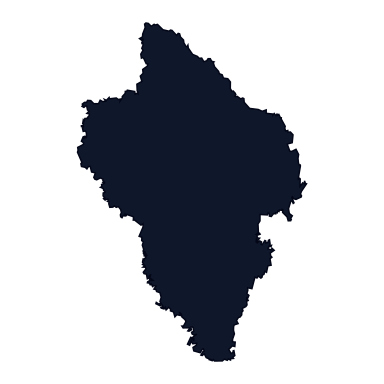 the district of Rangpur, Rangpur, Bangladesh
{"feature_id": "16705992B34260815515495", "entity_name": "Rangpur", "entity_type": "district", "adm_level": 2, "iso_a3": "BGD", "parent_name": "Bangladesh", "parent_adm1": "Rangpur", "projection": "equal_earth", "projection_center": [89.232, 25.633], "detail": "fine", "context": "isolated", "style": "filled", "palette": "ink", "viewbox_px": 384, "rotation_deg": 0, "n_neighbors": 0, "source": "geoboundaries", "source_scale": "gbopen_adm2", "svg_char_len": 5981}
<svg xmlns="http://www.w3.org/2000/svg" viewBox="0 0 384 384"><path d="M210.0,359.9L212.3,360.7L213.5,359.6L214.4,361.0L222.4,360.9L224.3,359.2L227.3,360.3L228.3,359.0L230.5,360.0L230.6,358.7L233.5,358.4L232.7,357.2L234.8,355.6L233.9,350.6L233.2,350.8L232.9,352.6L231.1,353.4L228.7,349.5L232.3,345.9L234.8,346.5L235.2,342.1L232.5,341.8L232.6,339.1L234.4,333.9L233.5,330.3L233.6,326.7L234.2,324.9L238.1,323.6L236.5,320.6L238.4,317.5L240.1,317.0L241.7,314.9L241.8,312.2L243.0,310.8L242.2,308.5L245.8,306.6L247.0,304.9L246.6,301.2L248.2,300.5L247.5,299.2L246.6,299.7L246.8,297.6L247.9,297.8L248.9,295.4L246.8,293.6L247.8,290.5L247.7,287.7L251.9,288.7L254.9,277.2L257.0,278.0L258.3,276.0L260.9,278.1L262.1,277.1L262.3,275.2L263.9,274.4L264.8,271.4L266.5,272.3L267.9,265.8L271.1,265.2L270.0,258.7L271.9,257.2L270.7,255.9L270.2,253.1L274.2,250.3L271.9,248.2L271.6,249.9L268.0,248.9L268.4,247.1L271.1,246.3L271.5,245.3L269.4,245.5L270.1,243.9L269.5,239.8L268.5,240.3L267.9,242.4L265.9,243.2L265.8,241.0L264.9,240.5L262.1,244.8L261.0,244.2L261.5,241.9L259.7,240.9L257.2,242.9L256.1,241.9L256.4,239.5L257.3,241.1L259.6,238.2L257.3,237.9L257.0,235.3L260.1,234.2L259.5,233.2L256.9,233.8L258.4,232.4L258.0,224.0L260.0,220.9L260.0,214.5L267.3,214.9L268.1,212.7L269.2,213.3L269.4,216.1L271.3,216.5L273.6,213.6L275.7,213.8L275.7,212.7L277.2,212.9L277.8,211.0L279.0,211.5L279.4,210.0L281.6,210.3L282.0,209.3L282.9,209.7L282.6,212.4L287.1,216.9L288.2,220.8L290.7,220.7L291.3,219.4L290.7,218.4L292.3,215.8L289.3,213.5L288.5,208.7L290.8,201.2L292.0,200.9L293.2,203.4L294.0,202.8L291.8,197.4L292.3,196.8L294.2,198.9L296.0,199.4L301.2,197.0L301.5,195.8L300.5,194.0L301.4,191.4L306.5,183.8L305.4,183.4L304.5,180.8L304.6,183.9L302.8,182.8L300.0,186.3L300.2,178.9L299.6,178.3L298.3,179.1L298.3,178.4L300.4,166.0L300.3,165.0L299.0,164.8L298.4,162.5L298.0,158.3L298.6,154.5L296.0,149.3L291.8,151.4L289.8,151.2L287.2,144.0L292.2,142.7L293.0,134.8L290.4,132.0L288.0,132.2L287.8,130.5L285.5,131.0L284.8,128.1L285.2,126.3L281.2,119.0L281.3,117.8L280.4,117.7L278.8,114.4L277.0,115.7L277.5,114.8L277.0,114.1L275.9,115.6L274.2,113.5L272.8,115.4L272.6,114.0L266.2,113.3L266.2,109.9L262.2,111.3L258.3,109.5L249.6,108.4L244.2,102.3L243.9,98.6L242.7,98.0L240.7,98.9L237.3,96.4L235.2,96.7L234.8,96.0L235.8,94.6L235.2,93.2L233.2,91.0L231.9,91.4L230.3,88.5L230.4,82.0L227.8,78.7L223.4,78.1L222.2,74.8L219.3,73.7L218.6,71.4L214.5,66.7L213.1,62.1L213.9,62.0L214.0,61.9L211.6,61.2L210.3,58.7L208.1,58.7L206.7,60.8L203.8,61.7L201.7,58.1L199.2,58.3L197.4,56.4L192.6,54.4L188.3,48.1L187.9,45.2L187.1,46.7L186.1,46.6L183.9,42.9L183.5,40.0L180.5,37.0L179.6,33.8L178.2,33.4L176.5,35.3L172.0,30.4L170.4,30.1L169.2,31.2L163.0,29.8L157.5,24.4L155.0,25.0L154.1,24.3L151.3,26.3L148.3,23.4L145.9,23.0L144.6,24.1L145.2,27.5L142.7,34.0L142.5,36.9L139.5,38.6L141.9,40.4L142.5,39.0L143.3,39.3L141.8,42.7L142.0,43.5L142.8,43.2L143.1,45.1L141.8,48.3L143.0,50.3L140.8,54.1L141.4,58.1L142.5,57.5L143.8,58.5L146.2,63.7L147.8,63.9L147.3,66.2L142.7,69.4L143.1,73.3L140.3,76.1L141.9,81.4L136.9,84.2L137.2,90.9L138.4,92.7L138.1,93.9L137.4,93.0L135.2,94.2L134.7,91.5L127.3,90.2L126.7,91.3L125.3,91.4L125.2,93.4L122.3,96.5L122.3,98.0L120.1,101.1L120.3,99.1L118.3,99.5L116.3,98.0L109.4,98.8L109.1,97.5L106.4,100.3L104.6,99.5L105.7,101.2L102.7,101.6L100.2,100.2L98.5,103.7L93.8,103.7L90.8,100.6L87.6,100.4L86.6,102.3L84.4,102.4L82.3,104.1L83.1,104.9L82.0,106.3L83.9,107.4L85.9,105.7L86.7,106.1L87.5,109.9L89.0,111.4L86.9,113.4L89.2,113.9L89.4,115.3L87.5,117.5L87.7,118.4L84.9,118.5L84.0,121.1L83.3,120.0L82.7,123.6L83.5,123.9L83.3,125.6L81.4,125.8L81.5,126.7L83.3,126.9L82.5,128.4L83.2,131.4L85.3,131.0L86.3,132.4L86.6,136.4L85.6,136.6L86.7,137.9L85.1,137.2L84.3,138.0L84.5,136.4L83.2,136.8L81.4,141.2L83.5,142.7L83.5,144.4L77.7,147.4L78.1,150.2L77.5,152.2L81.9,162.4L80.9,163.7L81.5,166.5L85.2,167.3L86.9,168.9L88.4,166.5L90.2,166.4L91.6,172.0L95.4,172.9L93.8,177.4L94.9,179.2L96.7,179.8L100.4,177.9L103.0,179.2L102.9,180.7L103.8,181.5L103.1,182.3L104.5,182.3L104.5,183.3L101.6,184.5L101.9,186.5L100.5,187.3L103.3,188.5L103.6,190.3L104.9,191.4L105.0,192.4L103.2,193.0L103.1,195.9L104.6,197.6L103.5,198.6L104.8,199.8L104.9,198.6L105.7,199.7L107.9,199.1L108.5,200.2L107.5,201.4L109.1,201.9L108.8,203.8L109.8,207.3L112.9,207.1L114.3,205.9L116.2,207.3L118.4,206.6L120.7,209.6L121.4,212.7L120.4,214.8L120.7,216.8L122.0,217.7L123.3,215.4L125.0,216.0L125.2,214.2L126.3,215.4L126.8,214.5L132.8,216.5L133.5,217.3L133.3,220.1L134.5,220.0L141.0,225.1L142.9,223.7L143.1,226.9L139.1,236.3L141.9,237.3L141.7,240.6L143.4,241.8L142.3,245.1L143.7,249.4L143.1,251.0L145.7,252.2L143.5,252.3L143.4,253.3L144.3,254.8L145.5,253.2L147.2,256.1L145.8,254.7L144.2,255.0L144.2,255.9L145.7,256.2L145.8,257.8L144.2,258.6L144.1,260.2L143.1,259.3L142.5,262.2L143.7,264.0L142.7,264.5L144.7,265.9L143.1,267.1L145.4,267.2L146.0,268.8L143.3,272.2L144.0,273.6L146.5,274.2L147.3,278.8L148.8,278.2L149.4,275.6L150.5,275.0L149.8,279.2L151.1,278.8L153.1,280.4L150.0,280.5L147.6,281.8L147.4,282.8L149.4,283.1L150.2,284.7L151.2,283.7L152.9,287.2L152.9,285.5L156.0,286.1L153.9,289.1L156.0,289.6L156.6,291.5L160.0,292.7L161.2,297.4L160.0,301.5L161.0,303.4L158.7,304.0L156.3,302.4L155.9,303.7L159.8,305.6L162.0,304.8L163.6,308.0L161.4,307.0L160.8,307.3L161.2,308.1L163.9,308.9L165.3,307.2L166.1,309.9L168.8,307.3L170.5,309.1L170.5,310.9L173.5,311.9L174.9,316.8L176.8,314.7L180.1,315.4L179.6,312.7L180.2,312.9L181.4,314.2L181.9,316.9L185.2,319.8L185.9,321.7L183.5,326.0L181.9,326.1L183.1,327.9L189.1,327.8L189.3,328.9L187.8,330.9L189.0,331.2L191.4,329.8L190.8,327.1L192.2,326.8L193.1,327.7L193.7,331.3L191.6,332.3L192.1,334.0L194.4,335.2L196.9,334.0L192.3,337.6L194.1,339.1L193.7,340.4L190.8,338.0L191.0,336.7L187.5,344.2L189.6,345.2L191.2,341.1L192.8,343.8L196.6,343.3L196.3,345.3L193.0,347.4L193.8,350.9L200.2,352.7L202.4,349.1L203.4,348.8L204.2,351.1L202.9,351.7L200.9,355.1L202.2,355.5L204.3,353.9L206.2,357.6L210.7,359.6L210.0,359.9Z" fill="#0f172a" stroke="#020617" stroke-width="1.5"/></svg>